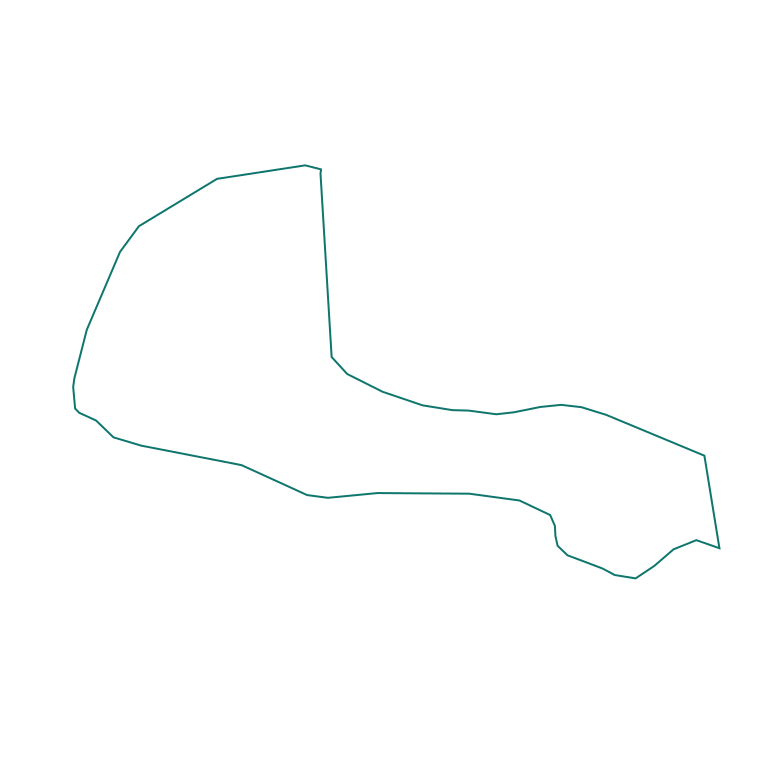 an SVG outline of Zamboanga, rotated 82°
{"feature_id": "PHL-4932", "entity_name": "Zamboanga", "entity_type": "Highly Urbanized City", "adm_level": 1, "iso_a3": "PHL", "parent_name": "Philippines", "parent_adm1": "", "projection": "robinson", "projection_center": [122.183, 7.185], "detail": "fine", "context": "isolated", "style": "outline", "palette": "teal", "viewbox_px": 768, "rotation_deg": 82, "n_neighbors": 0, "source": "natural_earth", "source_scale": "10m", "svg_char_len": 737}
<svg xmlns="http://www.w3.org/2000/svg" viewBox="0 0 768 768"><g transform="rotate(82 384 384)"><path d="M593.3,74.7L582.1,96.5L588.0,120.3L601.8,141.7L611.5,161.9L605.3,182.1L597.0,193.5L579.2,226.1L568.4,234.6L558.4,235.4L548.3,234.5L536.9,237.7L518.2,266.1L504.5,314.8L491.1,405.6L488.9,455.4L483.3,475.6L444.5,536.4L411.3,632.9L399.2,659.3L380.1,674.2L370.1,689.8L365.3,693.3L343.6,692.2L335.2,689.8L289.0,670.8L216.4,627.0L193.6,604.7L157.6,520.8L156.5,431.6L162.7,416.5L162.9,416.5L166.8,417.6L350.0,432.1L367.9,419.8L369.1,418.9L391.5,386.5L410.5,348.8L419.4,319.9L422.1,303.9L429.6,277.0L430.1,259.3L428.5,232.3L429.3,211.5L434.4,191.8L445.4,168.4L499.6,76.7L593.3,74.7Z" fill="none" stroke="#0f766e" stroke-width="2"/></g></svg>